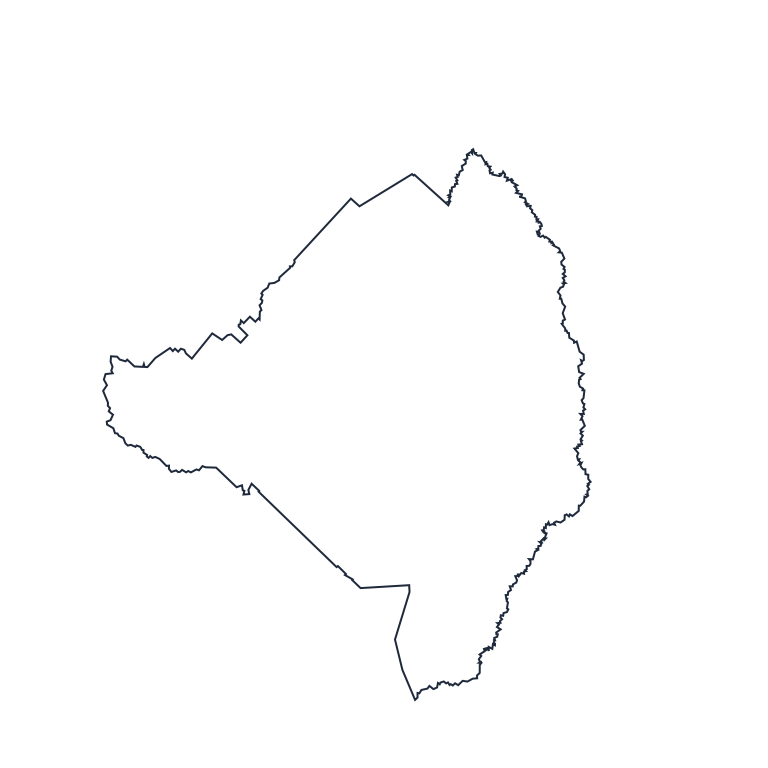 the district of Moree Plains, New South Wales, Australia, rotated 124°
{"feature_id": "25037944B16767086981220", "entity_name": "Moree Plains", "entity_type": "district", "adm_level": 2, "iso_a3": "AUS", "parent_name": "Australia", "parent_adm1": "New South Wales", "projection": "orthographic", "projection_center": [149.192, -29.321], "detail": "fine", "context": "isolated", "style": "outline", "palette": "slate", "viewbox_px": 768, "rotation_deg": 124, "n_neighbors": 0, "source": "geoboundaries", "source_scale": "gbopen_adm2", "svg_char_len": 6166}
<svg xmlns="http://www.w3.org/2000/svg" viewBox="0 0 768 768"><g transform="rotate(124 384 384)"><path d="M610.7,208.9L628.5,181.6L625.2,180.9L621.4,183.4L620.7,181.7L616.7,181.9L612.3,177.7L608.9,177.5L609.3,172.4L605.9,170.3L601.7,172.1L601.8,169.9L599.9,170.2L597.2,168.1L597.5,165.1L595.6,164.1L596.9,161.3L595.5,160.8L595.5,158.4L592.4,157.7L592.2,154.1L586.1,152.8L584.0,148.4L578.7,145.7L575.9,142.2L573.7,143.9L570.0,143.1L563.4,147.5L561.1,147.3L561.9,149.1L559.6,147.8L560.6,149.4L559.1,151.5L555.1,151.3L554.8,153.5L549.2,151.1L547.7,153.0L546.3,151.8L547.8,151.8L547.6,150.6L545.3,150.0L546.7,147.9L543.4,150.1L543.0,146.1L539.0,148.1L538.6,145.9L537.2,146.8L537.4,148.4L534.8,148.9L534.7,150.6L534.2,148.9L532.9,150.6L530.2,148.8L527.9,149.7L528.6,150.9L527.3,152.0L522.2,150.1L522.3,154.5L519.1,154.2L518.8,156.3L516.9,153.9L515.9,155.3L512.9,154.6L512.5,156.9L510.4,157.8L509.5,155.6L507.0,156.8L504.4,154.6L501.3,155.0L501.3,156.6L495.8,159.1L495.3,161.0L493.1,161.7L493.7,162.5L490.9,165.1L489.6,163.4L487.0,164.8L483.8,163.5L481.4,166.6L479.8,164.1L478.0,165.0L474.7,163.3L472.3,164.0L469.9,167.7L468.3,165.7L467.1,166.6L466.4,165.5L467.4,164.7L463.9,164.5L463.0,161.8L461.3,163.1L459.7,161.5L459.3,163.0L457.6,162.1L455.1,164.0L453.5,161.9L451.4,161.9L448.9,163.5L448.1,165.9L446.1,162.5L438.5,165.1L435.4,163.5L435.4,165.1L434.1,164.1L432.0,165.4L430.6,163.6L428.4,164.3L428.0,166.4L427.1,164.7L426.4,166.0L422.9,165.4L423.8,163.9L421.5,163.5L422.1,164.6L416.9,165.7L417.4,167.3L418.5,166.8L416.7,168.4L417.7,169.0L416.9,171.0L415.8,169.9L413.3,171.1L412.9,169.3L409.8,171.3L409.5,170.2L406.6,170.3L408.5,167.9L405.9,165.9L405.1,163.5L403.9,165.4L401.6,164.3L400.1,160.2L395.6,158.4L391.7,160.8L390.0,159.7L390.3,156.6L388.1,157.0L388.1,153.9L380.3,151.6L375.9,154.5L375.2,153.2L369.6,152.4L365.3,154.8L364.9,153.1L362.6,152.4L362.4,154.4L361.4,153.5L359.0,155.6L356.5,155.0L354.9,158.4L353.0,157.8L352.8,159.2L349.6,158.0L348.5,161.6L345.0,163.9L346.1,166.5L342.1,169.4L343.4,171.0L342.8,173.6L341.5,175.8L339.0,176.1L340.8,177.3L339.1,177.2L338.8,179.7L337.2,180.0L338.3,181.0L335.9,183.6L332.7,184.2L331.0,190.0L328.7,187.6L327.9,188.9L326.0,187.2L325.4,188.8L323.2,186.2L321.2,188.9L320.2,188.3L319.9,190.1L315.6,190.3L315.1,193.4L312.7,192.9L313.4,194.0L312.3,195.4L306.4,194.1L302.6,199.8L303.5,200.9L299.7,201.4L299.0,204.5L297.1,201.6L294.7,204.1L292.5,203.1L291.9,205.6L288.5,206.7L288.8,208.3L286.9,211.1L284.1,210.7L277.2,214.3L278.2,216.0L276.5,216.4L276.7,220.1L274.6,222.9L271.2,224.7L270.1,223.8L269.4,225.3L263.9,224.1L265.0,228.9L260.7,232.9L256.4,231.2L254.1,233.9L253.9,232.3L252.3,231.7L248.0,234.9L247.8,239.9L241.0,248.0L243.5,249.5L241.8,250.9L242.0,256.3L238.3,259.2L239.0,260.4L237.6,262.6L238.5,263.5L236.6,264.9L234.7,270.4L233.7,269.7L231.5,271.2L229.3,270.0L225.4,275.4L218.5,277.1L217.4,281.1L214.2,284.7L215.0,285.9L211.9,287.2L210.5,291.4L205.5,291.6L203.3,290.0L200.8,290.5L200.6,291.9L198.8,290.0L198.7,292.3L197.1,292.5L196.1,295.1L193.2,293.7L192.8,297.3L190.3,296.6L188.2,297.9L188.2,299.6L186.0,299.7L185.7,303.6L183.6,305.4L179.1,304.6L175.7,310.0L177.1,312.7L175.3,312.3L173.7,314.6L174.5,321.4L173.5,321.1L172.2,324.0L173.4,324.2L172.5,325.1L173.4,326.6L171.6,327.2L171.6,332.2L172.8,332.6L172.0,335.1L174.5,336.5L174.8,338.7L173.1,338.8L174.0,340.3L172.2,342.4L171.4,340.1L170.4,341.5L167.7,340.9L166.1,342.9L164.7,341.5L163.2,343.2L162.6,345.0L163.6,345.9L162.7,346.3L163.8,348.2L161.3,348.4L162.3,349.7L160.1,351.0L160.8,352.5L159.2,353.4L159.0,357.5L156.9,358.3L156.7,361.1L154.4,362.0L156.7,364.8L155.8,366.7L154.2,365.4L154.5,368.8L153.2,368.5L151.2,370.9L153.1,376.6L151.5,375.1L149.6,375.6L151.7,381.4L148.9,380.8L149.3,382.6L147.8,383.3L147.2,386.2L144.7,384.7L145.3,391.0L144.5,392.1L143.3,391.1L142.7,392.8L146.7,395.8L143.8,396.7L145.0,399.8L142.4,400.9L141.3,404.0L143.3,403.5L145.1,405.5L145.8,403.7L147.0,404.4L149.7,411.3L148.0,412.1L150.0,413.9L147.9,416.0L146.7,415.4L145.9,417.6L144.3,417.4L145.4,419.8L143.6,421.5L145.0,422.7L143.0,423.4L143.8,424.1L140.2,431.2L142.2,433.8L142.3,436.9L141.1,437.0L141.9,438.2L139.5,441.4L140.9,442.0L143.5,440.0L143.0,441.7L146.6,443.2L146.9,442.0L147.8,443.4L150.5,440.9L153.3,442.7L153.4,440.9L155.6,439.5L159.8,441.4L162.6,438.4L165.7,440.0L169.1,438.7L169.7,440.4L171.1,438.7L172.8,440.0L174.2,437.0L175.3,437.7L177.0,435.1L178.6,436.9L180.7,435.7L183.1,437.7L186.4,435.6L186.7,437.3L189.7,435.1L191.6,436.2L191.3,433.8L192.9,434.4L192.6,433.4L195.0,433.0L195.5,431.4L197.3,432.8L197.1,431.1L199.9,430.6L193.5,475.7L194.6,476.1L194.3,478.1L250.4,503.7L248.8,515.1L331.6,527.7L332.9,526.1L337.7,525.8L339.1,527.8L340.2,526.8L354.2,530.3L356.6,529.0L361.5,531.4L364.9,535.3L369.2,534.3L374.4,536.3L377.6,536.3L377.9,534.5L382.6,533.7L382.7,531.6L385.0,530.6L388.3,531.2L391.3,526.9L393.4,527.4L400.1,523.2L399.8,524.8L404.3,525.5L403.2,532.8L411.9,534.3L411.3,538.2L414.8,536.6L416.0,537.6L417.6,536.7L420.0,524.5L430.0,526.0L428.3,538.4L431.0,541.0L438.0,542.8L438.1,554.7L470.4,557.5L469.4,565.2L467.4,568.7L468.3,572.1L472.3,572.7L471.6,577.0L474.8,577.5L473.8,581.5L490.3,588.1L502.3,589.6L503.7,592.0L501.8,594.2L504.6,593.4L509.0,600.7L507.4,610.5L509.7,610.9L511.5,616.7L510.6,620.6L513.7,625.8L518.4,623.1L521.5,618.7L525.5,617.5L526.8,614.9L531.5,620.4L537.0,618.7L539.9,613.0L546.8,613.0L553.9,602.3L556.5,600.8L557.2,597.6L560.6,596.9L561.0,591.5L567.0,590.5L570.2,592.8L572.5,590.9L572.0,583.7L575.2,579.5L574.1,577.2L575.2,575.0L574.6,569.8L577.8,565.2L578.3,562.0L576.0,559.8L575.1,554.9L573.4,554.8L572.4,551.0L573.9,547.6L573.2,546.5L575.4,545.0L575.3,540.7L576.7,540.2L576.9,537.9L574.5,537.5L574.8,534.7L572.4,532.9L571.6,528.1L573.6,518.5L571.9,516.6L574.6,514.9L575.8,511.1L571.9,508.0L572.1,505.4L570.9,504.0L568.1,503.4L567.9,498.7L565.6,497.6L565.3,494.7L559.7,491.7L559.0,489.1L553.6,488.6L552.8,485.3L547.2,476.4L552.0,448.5L547.4,445.1L551.1,441.6L550.6,440.0L554.2,438.7L550.6,434.1L547.7,437.2L540.7,438.0L542.4,427.7L543.4,427.8L562.3,320.9L560.7,320.4L562.8,309.3L564.2,309.6L563.5,300.7L564.3,300.8L566.3,289.3L536.7,250.6L542.2,246.5L589.7,232.0L610.7,208.9Z" fill="none" stroke="#1e293b" stroke-width="2"/></g></svg>